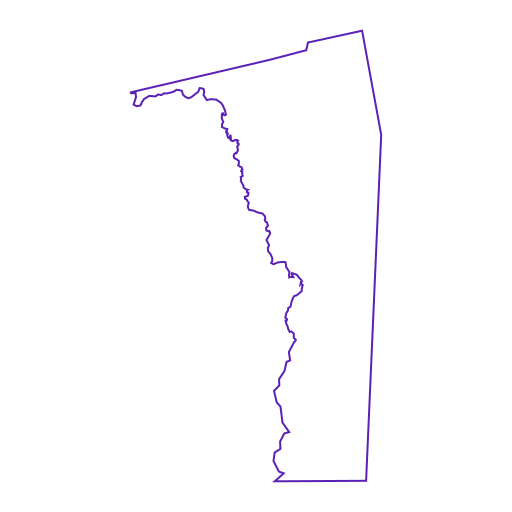 Jasper, Texas, United States of America
{"feature_id": "52423323B15193843372165", "entity_name": "Jasper", "entity_type": "district", "adm_level": 2, "iso_a3": "USA", "parent_name": "United States of America", "parent_adm1": "Texas", "projection": "mercator", "projection_center": [-94.183, 30.7], "detail": "fine", "context": "isolated", "style": "outline", "palette": "violet", "viewbox_px": 512, "rotation_deg": 0, "n_neighbors": 0, "source": "geoboundaries", "source_scale": "gbopen_adm2", "svg_char_len": 2684}
<svg xmlns="http://www.w3.org/2000/svg" viewBox="0 0 512 512"><path d="M362.1,30.7L308.0,42.5L306.2,50.2L269.7,59.8L130.9,92.3L130.8,92.9L131.6,93.3L133.6,93.2L135.5,92.4L136.0,97.1L134.2,102.7L133.6,104.6L136.7,106.2L140.4,105.5L141.6,103.2L141.6,102.2L141.4,102.3L142.6,101.3L144.0,99.1L149.2,95.9L155.5,96.4L158.0,94.5L161.3,95.1L164.0,93.3L166.5,93.5L172.1,92.2L174.7,91.1L176.4,89.8L179.4,90.1L182.0,91.0L182.9,94.5L184.8,96.5L188.3,98.3L191.3,97.2L198.3,91.7L199.6,88.1L202.2,88.4L203.8,89.2L204.2,92.3L203.5,95.0L206.9,100.1L210.4,99.2L216.3,99.6L221.1,103.0L222.7,105.3L225.0,110.4L225.9,114.7L224.8,115.3L223.5,114.8L223.0,113.3L222.3,113.5L221.9,114.2L221.8,118.5L223.3,122.0L222.1,123.9L221.9,127.0L225.1,128.6L227.3,129.1L226.9,130.4L226.0,131.6L226.5,132.8L227.3,132.6L227.8,133.9L227.1,134.4L227.4,135.9L227.9,137.4L229.2,138.3L229.7,137.0L230.4,134.8L230.7,136.4L230.9,139.0L230.9,140.4L232.9,141.1L235.1,140.0L237.0,140.0L238.0,140.6L237.2,141.7L237.6,143.4L238.6,143.6L238.7,144.7L237.2,146.5L238.0,150.1L237.2,151.9L236.3,153.3L235.7,152.9L234.0,154.4L233.6,156.0L234.4,158.1L236.6,159.3L238.8,160.9L238.9,163.3L238.2,165.2L239.9,166.6L241.5,167.2L242.4,169.5L241.6,170.0L241.2,171.2L242.3,171.6L242.1,173.4L242.7,175.9L240.7,177.0L241.1,178.6L240.8,181.0L243.4,185.6L243.5,187.4L245.7,189.2L247.8,189.8L247.0,190.3L247.0,192.3L248.4,192.6L248.2,195.1L247.6,196.0L244.8,196.8L245.2,199.0L246.5,199.4L248.2,202.1L248.8,202.8L247.8,206.1L248.2,208.1L249.3,210.0L253.2,210.5L257.8,212.5L262.5,213.5L264.9,216.2L265.3,218.9L264.7,219.7L265.5,221.6L266.9,222.3L268.0,225.7L266.1,227.8L266.4,230.5L268.2,231.3L269.3,231.0L270.2,233.2L269.1,235.5L266.5,240.0L269.1,245.4L267.8,248.0L268.1,251.1L270.6,254.3L272.3,258.1L272.2,260.9L271.2,263.0L273.5,264.2L278.3,262.3L283.3,261.9L285.4,262.1L286.0,264.7L286.1,266.9L289.4,272.0L289.0,275.2L289.3,277.3L289.8,276.9L292.0,277.1L293.3,277.1L292.5,275.6L291.6,274.0L292.0,273.1L293.9,273.7L297.0,274.9L299.2,277.9L301.3,280.0L302.0,281.5L301.0,282.0L300.5,284.4L300.7,284.2L301.0,283.6L302.7,285.1L301.8,288.6L301.8,290.6L301.4,291.4L299.9,292.6L296.7,295.3L294.1,296.1L292.8,298.4L291.6,301.7L290.4,306.8L288.3,307.9L287.9,310.6L286.3,313.1L285.3,317.6L287.1,319.3L286.6,320.6L285.6,320.6L286.2,323.5L287.6,326.4L288.1,328.7L289.7,331.9L291.4,331.5L293.8,333.6L293.8,337.9L295.8,339.7L295.3,341.2L294.2,341.9L288.9,352.0L290.1,360.4L286.6,361.9L284.4,371.1L279.1,379.1L279.3,385.4L274.0,390.8L276.7,402.3L280.5,406.6L282.5,422.6L289.2,432.1L284.3,433.4L280.1,441.5L280.4,448.9L274.7,452.5L273.5,461.0L278.9,471.6L283.7,473.3L274.8,481.3L366.1,480.8L381.2,134.8L362.1,30.7Z" fill="none" stroke="#5b21b6" stroke-width="2"/></svg>